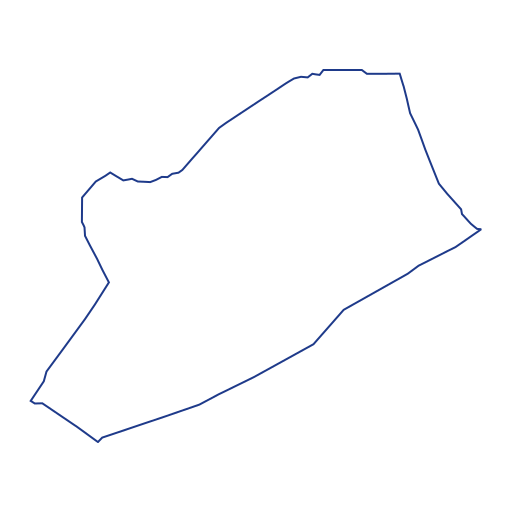 the district of Talawdi, South Kordufan, Sudan
{"feature_id": "16777658B54503315646042", "entity_name": "Talawdi", "entity_type": "district", "adm_level": 2, "iso_a3": "SDN", "parent_name": "Sudan", "parent_adm1": "South Kordufan", "projection": "robinson", "projection_center": [30.424, 10.544], "detail": "fine", "context": "isolated", "style": "outline", "palette": "blue", "viewbox_px": 512, "rotation_deg": 0, "n_neighbors": 0, "source": "geoboundaries", "source_scale": "gbopen_adm2", "svg_char_len": 1669}
<svg xmlns="http://www.w3.org/2000/svg" viewBox="0 0 512 512"><path d="M30.7,400.9L34.8,403.5L42.3,403.3L74.3,425.0L75.2,425.6L76.3,426.3L97.9,442.0L98.0,442.0L99.2,440.7L100.6,439.3L102.2,437.6L102.5,437.5L108.5,435.5L110.3,434.9L129.3,428.5L145.6,423.0L151.3,421.1L165.6,416.3L178.0,412.0L199.4,404.6L218.7,394.3L224.3,391.6L234.9,386.4L239.0,384.4L253.7,377.2L313.5,344.2L317.7,339.4L330.9,324.4L343.7,309.8L407.8,273.7L418.6,265.7L438.8,255.5L447.4,251.1L455.5,247.1L467.2,239.0L473.8,234.4L477.6,231.8L481.1,229.3L481.3,229.2L480.8,229.2L477.1,228.9L474.5,226.8L470.9,223.8L468.2,220.9L463.9,216.1L462.0,214.1L461.1,209.3L454.9,202.4L454.3,201.7L447.2,193.8L438.9,183.7L438.4,182.5L429.8,161.0L425.3,149.6L421.6,139.3L418.1,129.7L415.8,124.9L410.1,113.2L408.3,105.4L406.8,98.7L403.6,86.2L403.2,85.1L401.2,78.6L400.5,76.2L400.2,75.3L399.9,74.2L399.7,73.7L395.0,73.7L383.3,73.8L382.0,73.8L366.9,73.8L361.8,70.0L358.8,70.0L357.4,70.0L341.0,70.0L323.4,70.0L319.6,74.9L315.9,74.4L312.3,73.8L307.7,77.4L301.0,76.8L294.0,78.5L289.1,81.4L285.7,83.5L285.3,83.8L284.3,84.4L284.2,84.5L271.7,92.8L258.1,101.7L227.4,122.0L225.5,123.3L220.2,127.1L219.0,128.0L207.3,141.4L202.3,147.1L197.1,153.1L192.4,158.4L182.3,170.0L178.5,172.7L177.3,172.9L172.2,173.8L171.2,174.5L167.6,177.1L161.8,176.9L156.0,179.9L150.2,182.1L144.8,181.8L137.8,181.5L132.0,178.8L127.9,179.6L123.3,180.4L118.0,177.2L117.1,176.7L110.2,172.5L105.4,175.8L95.8,181.5L82.1,197.5L81.9,222.0L83.9,225.9L84.0,226.3L84.5,227.3L85.0,235.4L85.0,235.8L89.8,245.2L97.1,258.9L102.4,269.9L108.9,282.4L94.9,304.5L85.0,319.1L62.6,349.7L46.5,371.5L43.8,381.3L30.7,400.9Z" fill="none" stroke="#1e3a8a" stroke-width="2"/></svg>